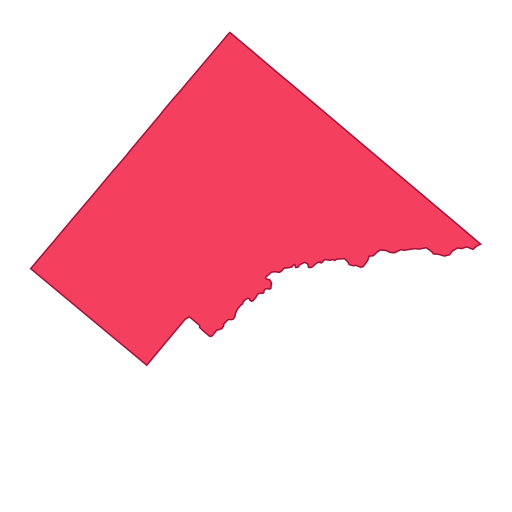 Owyhee, Idaho, United States of America (Natural Earth projection), rotated 130°
{"feature_id": "52423323B98957194819537", "entity_name": "Owyhee", "entity_type": "district", "adm_level": 2, "iso_a3": "USA", "parent_name": "United States of America", "parent_adm1": "Idaho", "projection": "natural_earth1", "projection_center": [-116.172, 42.838], "detail": "fine", "context": "isolated", "style": "filled", "palette": "rose", "viewbox_px": 512, "rotation_deg": 130, "n_neighbors": 0, "source": "geoboundaries", "source_scale": "gbopen_adm2", "svg_char_len": 2602}
<svg xmlns="http://www.w3.org/2000/svg" viewBox="0 0 512 512"><g transform="rotate(130 256 256)"><path d="M101.5,419.7L102.8,419.8L104.2,420.0L110.4,419.9L163.6,420.1L169.8,420.2L170.5,420.1L179.4,420.2L181.7,420.2L183.0,420.2L183.3,420.3L185.5,420.3L185.9,420.3L189.0,420.4L203.7,420.4L209.3,420.2L235.5,420.2L236.0,420.2L255.0,420.2L256.2,420.2L258.1,420.1L259.1,420.1L263.0,420.0L278.5,420.1L279.7,420.1L281.2,420.3L319.1,420.2L325.2,420.3L367.6,420.4L376.9,420.3L377.4,420.4L410.5,420.5L410.3,360.8L409.9,269.5L406.5,269.5L396.4,269.5L382.7,269.6L370.9,269.6L362.5,269.6L355.3,269.6L350.0,269.6L345.4,267.9L345.4,266.0L345.4,254.5L347.0,253.3L347.3,247.1L347.3,239.6L345.4,238.2L344.0,238.2L342.2,238.3L340.0,238.3L338.1,238.5L336.6,237.2L335.1,236.3L333.5,235.5L331.1,235.7L330.2,235.9L329.4,236.4L329.0,237.0L328.5,237.0L327.1,236.8L325.6,236.6L324.3,236.6L322.9,236.5L321.7,235.6L320.9,234.3L319.2,232.9L317.0,232.9L315.3,233.5L313.6,234.6L312.2,235.2L310.7,235.5L308.5,236.0L305.5,236.0L303.2,236.1L301.3,235.4L299.9,236.2L298.3,236.3L295.8,235.9L293.9,235.2L292.7,233.4L293.8,232.3L293.6,230.3L291.9,229.4L289.9,229.5L287.9,229.5L286.2,229.9L284.3,230.1L281.9,229.2L280.4,226.9L278.8,226.6L277.4,227.6L275.6,227.8L273.7,226.3L272.8,224.5L272.1,224.0L270.8,223.9L269.7,225.2L268.0,225.8L266.6,226.8L265.9,228.9L265.4,230.3L266.4,232.1L266.9,233.6L266.4,234.8L265.5,235.0L264.6,234.7L262.7,234.4L260.7,234.2L258.7,233.9L257.3,232.7L256.2,231.9L255.1,230.1L253.4,227.5L250.8,226.7L248.5,226.8L246.7,226.5L245.8,225.1L244.3,223.8L241.5,221.5L240.0,221.5L238.9,221.7L237.6,220.7L238.3,219.7L239.3,218.3L238.1,216.9L236.8,216.6L234.4,216.9L231.8,215.6L229.9,214.9L228.9,212.4L229.2,210.3L230.2,209.5L230.9,208.7L230.2,207.2L228.9,206.1L225.7,205.5L223.0,205.1L221.0,204.4L219.5,202.9L219.7,202.4L219.2,201.4L214.5,201.0L211.5,196.2L209.5,195.3L208.9,192.8L206.5,192.1L201.2,186.5L201.5,181.9L202.7,179.2L200.8,174.9L198.9,173.5L197.5,168.8L195.2,167.0L187.9,167.5L183.4,169.2L181.8,167.6L180.2,166.2L175.8,165.9L171.4,164.6L168.1,159.6L167.1,155.7L164.7,152.1L157.8,148.9L156.4,146.2L148.3,139.1L145.9,135.5L140.2,130.9L139.7,123.9L140.4,121.5L137.4,117.4L135.0,111.7L130.5,108.4L126.4,108.8L120.2,106.7L118.3,103.4L113.5,100.3L111.5,94.1L105.9,93.1L102.5,91.5L102.5,92.6L102.5,94.7L102.5,101.1L102.4,102.4L102.4,103.2L102.4,103.8L102.5,105.2L102.5,106.9L102.4,107.2L102.4,108.1L102.4,108.5L102.4,111.4L102.4,111.7L102.1,219.4L102.0,261.9L102.0,262.0L101.8,297.5L101.7,345.7L101.8,349.8L101.6,387.1L101.5,393.6L101.6,396.7L101.5,419.7Z" fill="#f43f5e" stroke="#9f1239" stroke-width="1.5"/></g></svg>